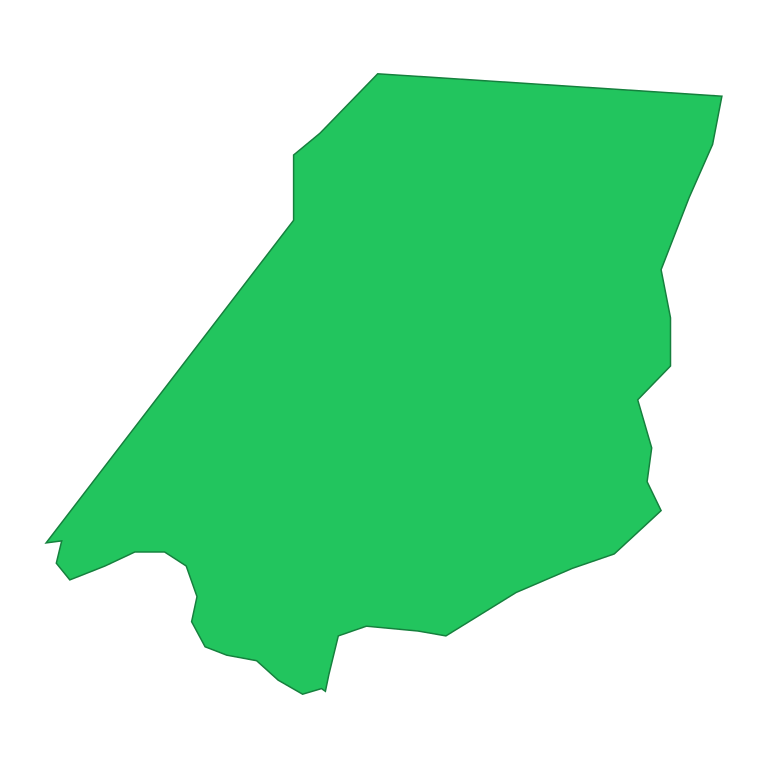 outline of Ti Boug, Soufrière, Saint Lucia
{"feature_id": "8701671B59760242426432", "entity_name": "Ti Boug", "entity_type": "district", "adm_level": 2, "iso_a3": "LCA", "parent_name": "Saint Lucia", "parent_adm1": "Soufrière", "projection": "orthographic", "projection_center": [-61.025, 13.837], "detail": "fine", "context": "isolated", "style": "filled", "palette": "green", "viewbox_px": 768, "rotation_deg": 0, "n_neighbors": 0, "source": "geoboundaries", "source_scale": "gbopen_adm2", "svg_char_len": 641}
<svg xmlns="http://www.w3.org/2000/svg" viewBox="0 0 768 768"><path d="M46.1,542.9L61.7,540.9L56.3,563.2L69.8,579.9L105.0,566.0L134.8,552.0L164.6,552.0L186.2,566.0L197.0,596.6L191.6,621.7L205.1,646.8L226.8,655.2L256.6,660.7L278.2,680.2L302.6,694.2L321.5,688.6L325.4,691.3L328.9,674.4L338.3,635.9L366.3,626.2L417.8,631.0L445.9,635.9L516.1,592.5L572.2,568.4L614.3,553.9L648.5,522.3L661.1,510.6L647.1,481.7L651.7,447.9L637.7,399.8L670.5,366.0L670.5,317.8L661.1,269.7L689.2,197.4L712.6,144.4L721.0,100.8L721.9,96.2L377.7,73.8L320.0,133.2L293.6,155.0L293.6,220.3L108.7,461.3L46.1,542.9Z" fill="#22c55e" stroke="#15803d" stroke-width="1.5"/></svg>